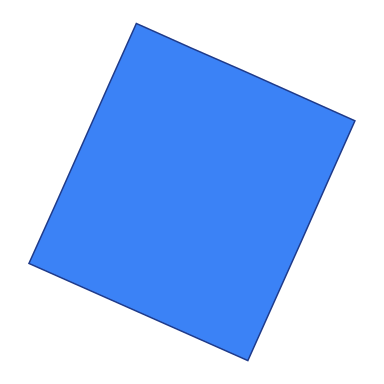 the district of Story, Iowa, United States of America, rotated 114°
{"feature_id": "52423323B9996743812881", "entity_name": "Story", "entity_type": "district", "adm_level": 2, "iso_a3": "USA", "parent_name": "United States of America", "parent_adm1": "Iowa", "projection": "robinson", "projection_center": [-93.545, 42.036], "detail": "fine", "context": "isolated", "style": "filled", "palette": "blue", "viewbox_px": 384, "rotation_deg": 114, "n_neighbors": 0, "source": "geoboundaries", "source_scale": "gbopen_adm2", "svg_char_len": 316}
<svg xmlns="http://www.w3.org/2000/svg" viewBox="0 0 384 384"><g transform="rotate(114 192 192)"><path d="M193.1,72.1L126.4,72.2L60.7,72.1L60.4,193.0L60.8,251.2L60.7,297.6L60.7,311.4L66.4,311.4L126.8,311.6L258.1,311.6L323.6,311.9L323.3,72.4L193.1,72.1Z" fill="#3b82f6" stroke="#1e3a8a" stroke-width="1.5"/></g></svg>